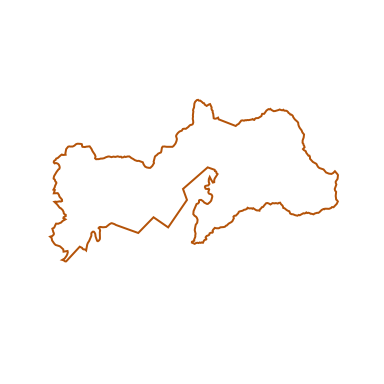 outline of Vale do Anari, Rondônia, Brazil, rotated 200°
{"feature_id": "56859067B14375252511303", "entity_name": "Vale do Anari", "entity_type": "district", "adm_level": 2, "iso_a3": "BRA", "parent_name": "Brazil", "parent_adm1": "Rondônia", "projection": "albers", "projection_center": [-61.937, -9.691], "detail": "fine", "context": "isolated", "style": "outline", "palette": "amber", "viewbox_px": 384, "rotation_deg": 200, "n_neighbors": 0, "source": "geoboundaries", "source_scale": "gbopen_adm2", "svg_char_len": 6087}
<svg xmlns="http://www.w3.org/2000/svg" viewBox="0 0 384 384"><g transform="rotate(200 192 192)"><path d="M303.8,199.9L306.9,198.4L308.0,197.6L310.4,197.0L311.2,197.9L311.8,199.2L312.8,199.2L315.9,198.3L316.7,197.8L317.5,197.0L318.3,195.4L319.7,193.9L321.8,193.1L322.9,192.9L323.9,192.2L324.9,189.3L324.2,185.0L323.5,183.8L326.0,182.6L327.1,182.7L327.9,181.6L329.8,178.0L331.0,177.0L331.2,175.4L331.9,174.6L332.3,173.6L332.0,172.5L330.9,171.9L330.1,172.5L329.2,172.8L327.8,172.7L326.6,172.2L325.3,170.9L324.6,169.5L324.6,168.3L325.2,167.6L326.1,164.7L327.0,160.0L326.9,158.5L326.6,157.2L325.2,156.7L323.9,155.1L323.0,154.8L322.5,154.1L322.8,150.5L322.6,149.5L323.0,146.8L321.6,146.9L321.4,143.5L317.8,145.0L316.2,143.9L314.9,142.3L311.6,140.4L311.0,139.1L311.9,138.2L313.3,137.9L315.6,136.5L317.1,136.2L317.9,135.7L314.5,134.2L310.9,131.9L309.9,131.9L307.4,130.8L305.9,129.4L305.1,128.0L303.9,127.4L302.9,127.4L302.4,126.2L304.0,124.4L303.9,123.4L301.6,123.0L303.7,120.5L304.6,118.5L306.9,116.4L308.9,115.8L309.1,114.4L309.3,111.4L310.7,109.8L308.6,106.9L307.8,106.1L307.4,105.3L307.5,104.4L308.2,102.9L310.0,101.5L308.2,100.8L306.9,98.6L303.8,96.4L302.1,95.6L297.7,95.8L296.5,95.4L293.4,94.1L292.3,92.0L288.8,94.0L288.1,92.9L287.9,90.7L288.1,88.9L289.0,85.8L290.7,83.8L289.3,83.9L287.4,83.4L286.5,83.8L278.8,102.2L276.2,101.9L275.3,101.2L274.4,101.0L272.6,101.4L271.5,100.9L272.5,106.9L272.4,108.7L271.9,110.8L271.6,116.4L272.4,118.6L272.3,119.6L271.5,120.9L270.6,121.1L269.6,120.5L268.5,119.4L267.4,117.2L264.5,113.7L263.6,113.6L262.8,114.7L262.5,116.1L262.7,117.1L264.9,122.7L265.1,124.2L266.0,125.6L267.4,126.2L267.0,127.3L266.3,127.8L263.6,128.4L260.8,129.7L258.4,133.7L257.1,135.1L256.2,135.3L253.8,135.3L252.3,135.0L228.5,135.1L219.5,155.1L202.3,150.6L194.0,182.8L201.5,191.8L185.7,220.5L178.3,220.6L177.6,219.5L176.3,219.5L175.5,218.2L174.1,217.6L175.3,212.3L175.2,210.8L174.5,208.8L175.6,208.0L178.6,210.4L180.5,212.2L180.6,209.9L179.8,207.4L178.4,205.5L178.9,203.8L180.9,202.7L181.6,202.0L181.6,201.1L180.3,199.7L178.4,200.1L177.4,200.8L176.7,200.2L176.7,197.9L176.4,197.0L175.5,196.3L172.9,196.3L171.9,195.6L171.3,194.5L171.0,190.4L171.7,188.5L173.1,186.2L174.0,185.9L177.0,186.3L178.1,187.0L180.6,187.7L181.9,187.2L182.5,186.5L181.9,184.7L182.3,183.4L183.6,182.3L184.0,174.6L183.2,171.6L181.5,170.6L179.6,170.1L178.3,169.1L177.2,167.7L176.6,164.9L177.3,162.5L176.7,158.5L176.4,157.1L174.4,154.1L174.1,152.4L173.6,151.1L173.7,147.9L173.2,147.0L175.0,145.2L174.8,144.4L171.7,144.2L171.1,145.1L169.8,146.1L168.3,146.3L167.5,147.2L166.3,147.2L165.6,148.0L164.4,148.0L164.1,150.4L163.6,151.5L162.7,151.9L162.4,152.7L163.7,154.1L163.2,155.7L162.0,156.7L161.2,157.7L161.3,159.2L160.3,160.2L158.9,160.8L158.7,161.7L159.4,162.6L159.2,163.9L158.3,166.1L157.0,166.2L154.6,167.0L153.8,167.7L153.3,168.5L150.2,169.9L149.2,170.6L148.6,171.9L147.9,172.4L146.7,174.9L144.8,177.1L144.1,178.3L143.7,181.6L144.6,183.0L144.1,184.1L142.7,184.8L141.3,187.9L141.3,188.9L140.9,189.8L138.0,191.8L137.0,193.1L135.9,193.7L134.7,194.8L134.4,196.2L132.8,196.1L130.5,197.0L129.5,196.9L129.0,197.7L125.7,196.9L124.5,196.9L123.5,197.4L122.2,197.5L122.3,198.4L122.0,199.4L121.4,200.4L121.2,201.5L120.0,202.4L119.7,203.7L118.5,206.8L117.5,207.4L116.1,207.5L114.0,207.1L112.5,209.1L110.4,209.6L109.7,210.1L108.7,210.4L107.4,210.5L106.6,211.5L105.5,212.1L104.4,211.1L102.4,210.2L101.6,209.5L100.7,208.2L99.6,208.4L96.8,207.4L94.9,207.1L94.0,207.2L92.4,205.4L90.9,205.2L89.5,205.6L87.1,205.5L84.8,205.8L83.8,207.0L82.8,207.0L80.1,210.1L79.2,210.2L78.1,211.0L77.6,211.9L76.6,211.6L75.5,212.3L74.1,212.4L73.3,212.1L72.4,212.4L70.1,212.6L69.5,213.6L67.4,215.2L66.2,215.6L65.5,216.4L64.0,219.5L62.6,221.0L61.7,221.1L61.3,221.8L57.4,223.1L55.9,224.5L55.3,225.7L53.8,226.1L51.9,230.4L51.7,233.0L52.8,233.8L53.9,234.2L55.6,237.4L56.6,241.4L58.0,242.3L58.9,243.6L58.9,248.4L60.1,249.8L60.5,251.0L59.7,254.1L60.6,257.8L61.3,258.4L64.8,260.4L65.8,258.2L67.1,256.7L69.6,256.1L72.7,256.2L76.1,258.2L80.6,258.1L82.3,258.8L84.8,261.0L88.7,261.6L92.5,263.6L93.1,265.2L94.1,266.3L94.9,265.9L98.1,268.0L99.0,269.2L101.3,269.7L102.4,270.3L101.5,272.5L102.3,273.6L103.2,274.3L104.0,275.5L104.9,276.0L105.7,278.4L105.7,281.4L106.4,284.4L108.6,285.7L110.1,287.4L112.7,289.1L114.1,290.4L115.1,291.7L116.0,293.5L117.0,294.1L120.2,295.4L122.4,296.9L123.0,297.7L123.8,298.3L125.1,298.7L126.0,298.4L127.1,299.1L128.3,299.3L129.3,300.1L130.3,300.5L131.1,300.6L133.1,300.0L134.3,300.5L134.8,299.8L135.9,299.5L137.9,299.5L138.5,298.8L141.6,296.5L142.9,295.9L145.4,296.3L146.8,296.9L147.3,296.2L148.5,296.0L149.9,294.0L150.9,290.2L152.8,289.4L152.8,287.0L155.1,284.1L157.1,283.3L158.0,282.1L158.1,281.1L159.0,280.9L159.9,281.3L160.6,280.6L163.4,278.9L164.8,278.5L165.7,277.8L166.6,277.7L167.5,276.8L169.0,276.6L170.1,276.0L171.5,271.8L172.4,271.0L173.5,269.0L191.8,269.4L192.9,270.8L194.4,269.3L195.5,268.7L196.8,268.7L198.8,272.7L199.8,273.9L200.4,275.4L201.4,275.9L202.2,276.9L202.5,278.2L205.1,280.8L205.9,280.2L207.7,277.9L210.0,278.5L210.9,279.5L212.1,279.4L213.1,279.9L215.5,280.7L216.6,280.2L217.8,280.7L218.9,280.0L219.9,277.9L220.0,275.9L219.0,272.1L219.1,270.2L218.9,269.0L218.3,268.2L217.4,264.3L216.9,263.4L216.3,260.9L215.4,259.5L214.6,257.8L214.5,256.7L214.6,255.8L215.5,254.9L216.4,254.5L217.1,253.4L217.7,251.9L219.4,249.3L221.2,248.7L222.2,248.0L222.6,246.1L224.4,244.6L225.5,242.5L226.1,240.4L226.1,239.1L224.3,236.6L224.0,234.5L224.1,231.9L225.0,229.1L225.8,227.8L231.3,225.8L233.6,225.3L235.1,224.6L235.4,223.3L234.7,219.4L234.8,218.5L236.9,216.5L237.8,214.5L238.7,213.3L238.9,212.3L238.4,207.3L237.6,206.2L238.2,203.0L239.4,200.5L240.6,200.0L242.8,199.6L244.7,199.8L246.8,201.3L248.4,203.1L252.5,203.1L254.3,202.4L256.6,202.4L258.5,202.9L260.6,203.2L263.0,204.0L264.6,203.4L266.3,202.2L267.6,202.2L268.1,201.4L269.8,200.4L270.8,200.9L272.1,200.2L274.0,200.1L276.1,198.7L277.9,198.4L279.6,197.2L281.7,197.1L282.9,196.7L284.8,195.2L286.3,193.6L288.0,192.6L289.0,192.3L290.7,191.1L293.4,190.0L294.6,190.5L294.8,192.4L296.1,193.9L299.4,196.3L301.3,198.2L303.8,199.9Z" fill="none" stroke="#b45309" stroke-width="2"/></g></svg>